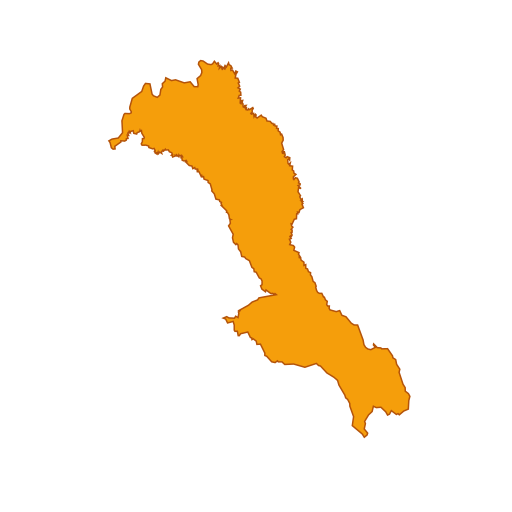 Tauramena, Casanare, Colombia (Equal Earth projection), rotated 165°
{"feature_id": "7082276B3556955758097", "entity_name": "Tauramena", "entity_type": "district", "adm_level": 2, "iso_a3": "COL", "parent_name": "Colombia", "parent_adm1": "Casanare", "projection": "equal_earth", "projection_center": [-72.586, 4.743], "detail": "fine", "context": "isolated", "style": "filled", "palette": "amber", "viewbox_px": 512, "rotation_deg": 165, "n_neighbors": 0, "source": "geoboundaries", "source_scale": "gbopen_adm2", "svg_char_len": 6113}
<svg xmlns="http://www.w3.org/2000/svg" viewBox="0 0 512 512"><g transform="rotate(165 256 256)"><path d="M147.9,106.6L146.4,109.4L148.2,115.0L147.9,119.8L150.1,122.2L150.0,124.3L152.9,132.4L158.6,133.8L159.2,134.9L162.6,136.1L165.1,140.6L165.6,139.7L164.4,136.9L169.3,135.8L172.0,137.2L173.8,139.4L174.7,142.5L174.3,147.2L175.7,163.0L179.1,164.0L181.4,166.5L184.8,174.0L188.4,176.5L189.3,181.6L192.9,181.5L198.5,184.8L198.9,186.5L198.1,188.7L199.7,189.1L200.3,190.7L198.9,193.8L200.3,195.7L200.6,198.6L201.4,198.9L202.1,202.9L204.4,203.5L205.8,204.8L206.4,207.0L206.4,210.5L205.7,211.2L206.0,215.0L207.4,216.7L207.4,221.6L208.3,223.6L207.6,225.8L209.4,227.3L209.6,230.2L211.1,231.3L210.2,234.8L212.1,234.5L211.3,237.6L213.5,240.3L213.4,242.6L214.6,243.2L214.4,244.0L213.5,243.7L214.5,246.8L213.6,248.1L218.0,251.7L216.4,254.6L217.2,256.4L220.5,258.3L218.8,260.4L219.4,263.6L217.5,263.8L218.2,266.1L217.3,266.6L216.7,265.8L215.7,266.9L216.0,269.6L215.0,269.6L214.4,271.7L215.2,272.6L212.9,274.3L213.8,275.7L213.7,278.0L212.9,277.5L209.5,281.6L207.3,281.5L205.8,286.2L204.6,285.9L204.5,287.7L203.2,286.9L201.6,289.4L197.7,290.4L198.2,294.2L197.1,294.6L197.7,296.3L196.8,296.5L197.9,297.5L196.9,297.5L196.6,299.3L197.9,298.9L198.4,301.9L197.4,302.7L198.8,307.2L197.2,310.9L195.1,309.5L197.1,313.2L195.0,313.3L194.7,314.4L196.0,315.6L195.2,316.6L195.9,320.4L197.7,321.4L199.6,320.0L200.0,320.7L199.4,322.8L196.3,324.5L197.9,326.2L197.6,328.4L198.7,329.7L197.4,333.3L200.1,334.5L198.8,337.0L200.6,336.2L201.1,337.3L200.5,340.8L199.2,341.3L198.7,340.0L197.9,342.2L200.2,343.9L201.5,343.1L202.9,344.6L201.7,345.9L201.6,349.4L202.7,349.7L203.2,348.0L203.8,348.3L203.8,350.1L201.8,351.7L202.0,358.4L199.8,360.8L199.2,363.4L199.7,367.1L200.9,366.8L200.7,369.4L202.2,371.2L201.5,373.3L203.1,374.0L202.2,376.1L203.9,376.6L203.9,378.4L205.1,378.0L205.3,379.7L206.4,380.0L207.4,382.3L210.5,383.6L210.7,386.5L213.9,388.9L214.5,390.7L219.2,389.0L220.3,390.4L219.4,392.2L219.9,393.1L221.8,391.1L221.4,394.4L223.7,394.2L224.1,395.1L222.4,395.9L222.0,397.9L220.5,399.2L220.7,400.2L224.4,399.1L225.1,400.1L226.1,399.1L227.8,400.0L227.7,401.9L226.5,400.8L227.6,403.1L226.6,404.0L227.9,404.2L228.8,402.5L229.8,403.4L229.2,406.3L229.7,408.0L228.6,409.7L229.6,409.8L231.1,407.0L231.7,407.8L230.0,412.8L232.3,413.1L230.6,415.5L229.0,415.2L228.4,418.2L229.5,419.6L228.0,421.3L229.9,423.1L227.8,424.2L228.4,427.7L227.1,428.0L227.6,432.4L230.0,433.3L228.3,436.8L226.3,438.7L227.6,439.9L229.3,437.2L230.6,441.7L232.2,441.7L231.8,443.9L230.4,443.7L231.0,446.3L232.5,447.8L232.5,449.7L235.8,446.2L236.6,448.0L238.1,446.2L237.1,445.4L237.7,444.6L239.8,447.4L240.2,444.3L240.7,448.0L242.8,446.8L241.6,449.4L243.4,449.4L242.3,451.6L242.6,452.5L244.3,451.6L245.8,454.9L248.2,452.8L249.9,452.5L253.1,453.9L256.6,458.0L258.9,459.1L261.0,458.1L262.0,456.1L260.3,450.1L260.8,447.3L262.8,444.6L267.0,442.6L267.5,436.5L268.4,434.6L271.9,435.6L274.5,441.3L280.5,441.8L288.1,447.0L292.2,447.3L297.0,451.5L298.6,448.4L301.9,446.7L302.5,443.4L304.8,441.6L307.1,436.4L310.3,434.8L313.6,437.3L314.5,439.3L313.9,449.7L318.1,451.3L320.6,449.2L323.8,444.5L334.7,440.3L339.3,432.6L339.9,430.7L339.1,427.6L339.5,426.6L341.3,426.2L345.7,427.6L346.9,426.9L350.5,421.3L353.0,409.6L358.5,405.6L364.8,406.2L368.3,405.3L367.6,403.4L367.7,398.0L366.4,396.2L364.4,395.9L364.0,398.5L357.0,401.1L356.7,402.3L353.1,401.0L351.3,401.5L350.8,402.9L349.2,402.7L349.1,406.0L347.8,405.5L348.1,407.7L347.3,408.5L346.7,407.8L346.1,409.2L345.4,407.8L345.2,408.8L342.2,408.8L342.3,406.1L339.7,404.7L338.9,405.9L336.2,406.2L335.5,407.4L335.4,406.5L334.2,406.8L334.5,404.1L333.2,399.6L333.9,398.4L335.3,398.8L336.2,395.8L337.8,394.0L337.4,392.5L333.7,391.6L331.2,390.0L331.4,388.5L328.0,386.2L326.6,386.3L326.1,384.0L327.0,383.5L326.1,382.1L326.8,381.8L325.6,380.4L324.9,381.1L324.6,380.2L323.6,381.8L323.5,380.2L322.1,381.3L320.5,379.5L320.5,380.7L319.4,381.8L318.4,381.3L318.2,382.3L317.5,381.7L316.0,382.6L316.0,381.8L313.2,381.2L312.7,379.1L310.7,377.6L310.5,376.1L311.5,375.3L310.6,375.1L311.0,374.6L310.9,373.2L308.1,373.5L308.0,374.2L306.8,373.2L306.5,374.2L304.9,371.9L304.3,373.5L303.9,372.5L301.8,372.6L301.3,371.0L302.6,371.5L303.0,370.3L302.2,370.1L302.5,367.6L300.9,366.4L299.0,366.4L299.4,365.5L298.5,365.8L298.3,364.9L299.0,364.1L297.1,360.7L294.6,359.5L294.4,356.7L292.3,357.3L292.2,355.7L289.9,355.1L289.9,353.3L290.7,353.9L290.9,352.6L289.2,352.0L288.4,347.2L287.6,347.8L287.6,346.3L286.1,346.3L286.3,343.7L282.8,341.3L283.2,339.4L281.5,337.5L281.4,331.3L281.9,330.3L280.2,326.9L280.0,321.3L276.9,319.7L276.9,318.0L275.5,316.7L276.2,315.6L275.8,313.7L276.4,313.7L272.6,307.2L273.2,305.9L272.3,305.4L271.6,302.8L272.0,298.9L270.9,297.8L271.8,297.9L272.3,294.2L274.7,292.2L272.4,282.9L274.0,279.7L274.2,275.1L272.5,272.2L271.4,273.0L270.5,271.2L271.1,267.4L269.7,264.0L269.9,259.3L267.2,257.9L266.6,256.2L263.6,253.2L262.9,246.1L261.4,244.3L261.8,241.3L260.0,240.3L258.5,234.0L257.1,232.7L256.6,230.3L257.6,226.7L259.3,226.1L258.9,222.5L256.1,219.0L255.1,220.6L251.3,215.8L249.5,215.6L248.3,214.2L247.4,214.8L246.4,213.4L264.0,214.8L265.8,213.2L271.7,212.5L276.0,210.4L286.5,207.8L285.8,207.2L287.5,206.5L287.4,205.2L289.3,201.2L291.2,203.1L292.9,201.5L298.2,203.2L300.0,205.0L303.7,204.5L301.6,202.9L300.8,198.7L295.0,198.7L294.9,194.9L296.2,190.0L295.8,188.7L293.5,188.1L293.8,183.7L292.7,183.4L291.0,184.9L283.6,184.7L282.5,178.7L281.3,178.0L281.5,176.3L280.1,176.7L277.8,173.7L278.0,170.4L274.5,169.7L272.6,160.0L273.2,157.6L271.6,156.4L268.2,149.7L265.1,148.1L262.4,149.2L261.9,148.0L258.3,147.0L256.3,143.8L247.6,141.9L237.6,135.9L225.5,136.6L223.9,134.0L222.2,133.1L217.8,124.7L212.1,118.7L209.4,114.7L209.3,109.9L206.2,98.7L206.1,95.8L204.6,93.8L203.6,89.3L204.2,86.6L203.3,75.6L206.9,67.2L199.4,56.5L198.3,52.9L195.1,54.3L194.0,56.0L196.2,60.9L193.7,65.8L193.9,68.1L188.4,73.4L184.1,75.7L181.5,80.5L179.0,78.4L174.5,77.6L171.0,71.9L170.1,68.3L168.0,68.7L165.3,71.6L161.4,66.6L159.6,67.0L158.7,65.5L153.4,68.0L148.5,68.7L145.8,76.9L143.7,80.6L144.4,83.6L146.8,86.8L146.0,90.3L147.2,94.1L147.9,106.6Z" fill="#f59e0b" stroke="#b45309" stroke-width="1.5"/></g></svg>